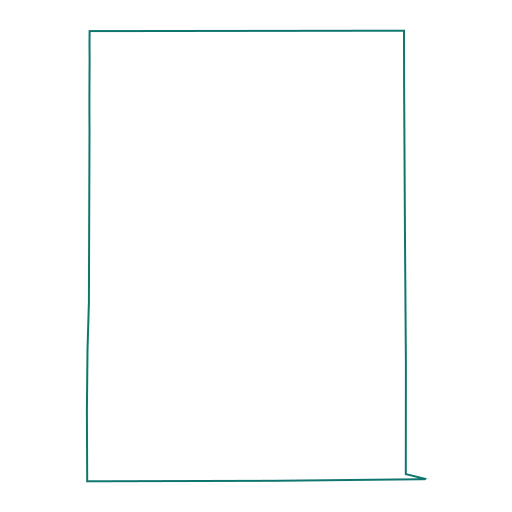 the district of Mercer, Ohio, United States of America
{"feature_id": "52423323B6373952643979", "entity_name": "Mercer", "entity_type": "district", "adm_level": 2, "iso_a3": "USA", "parent_name": "United States of America", "parent_adm1": "Ohio", "projection": "albers", "projection_center": [-84.687, 40.541], "detail": "fine", "context": "isolated", "style": "outline", "palette": "teal", "viewbox_px": 512, "rotation_deg": 0, "n_neighbors": 0, "source": "geoboundaries", "source_scale": "gbopen_adm2", "svg_char_len": 414}
<svg xmlns="http://www.w3.org/2000/svg" viewBox="0 0 512 512"><path d="M89.2,218.1L89.0,271.1L88.9,302.5L87.6,346.2L87.5,349.6L86.9,410.8L87.2,481.2L87.2,481.3L274.1,480.8L424.8,479.2L425.1,478.9L405.8,474.1L405.9,362.9L405.0,240.6L404.9,223.1L404.1,82.8L404.0,30.7L89.6,31.1L89.5,42.6L89.6,61.9L89.5,75.2L89.5,77.7L89.4,95.1L89.4,112.5L89.5,131.0L89.2,218.1Z" fill="none" stroke="#0f766e" stroke-width="2"/></svg>